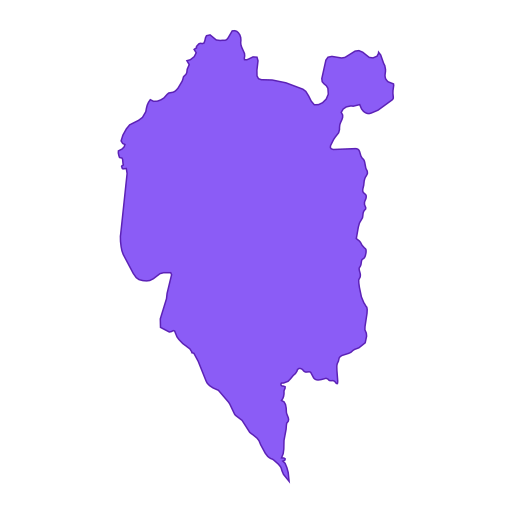 an SVG outline of Denguélé
{"feature_id": "CIV-3437", "entity_name": "Denguélé", "entity_type": "Region", "adm_level": 1, "iso_a3": "CIV", "parent_name": "Ivory Coast", "parent_adm1": "", "projection": "equal_earth", "projection_center": [-7.217, 9.491], "detail": "fine", "context": "isolated", "style": "filled", "palette": "violet", "viewbox_px": 512, "rotation_deg": 0, "n_neighbors": 0, "source": "natural_earth", "source_scale": "10m", "svg_char_len": 5139}
<svg xmlns="http://www.w3.org/2000/svg" viewBox="0 0 512 512"><path d="M123.0,168.9L122.3,168.5L121.6,166.4L122.1,165.6L123.0,165.3L123.3,164.7L123.0,163.5L122.6,159.4L122.0,158.1L121.0,157.8L120.0,157.7L119.4,157.2L118.8,155.3L118.3,153.0L118.4,150.9L122.1,149.0L124.2,146.8L124.9,144.5L122.7,143.5L121.1,140.9L122.9,135.1L126.4,128.8L129.7,124.8L138.5,120.4L142.5,117.4L145.8,111.7L146.4,108.3L147.2,105.2L148.5,102.3L150.3,99.7L153.5,101.3L157.2,101.2L160.8,99.9L163.9,98.0L167.1,94.4L168.7,93.0L173.2,92.2L174.9,91.3L176.4,90.0L178.0,88.2L182.2,81.1L182.8,79.4L183.5,76.8L184.6,75.6L185.9,74.5L186.8,72.6L187.2,69.3L189.2,64.6L186.9,60.7L190.4,59.7L194.2,56.7L196.2,52.8L194.1,49.4L195.7,48.3L196.5,48.0L196.5,46.4L198.9,43.8L200.4,43.3L202.4,43.6L204.0,43.0L204.9,40.5L205.5,37.7L206.5,35.7L210.1,34.9L216.3,40.0L220.3,40.5L222.1,40.3L225.2,40.3L226.7,39.6L228.1,37.9L232.2,30.9L234.7,30.7L236.7,31.3L238.3,32.7L239.8,34.8L240.7,37.5L240.9,40.2L240.7,42.6L240.9,44.7L241.6,47.0L244.5,53.5L244.7,56.0L244.3,58.2L244.5,59.7L246.7,59.8L248.3,59.2L253.0,56.9L257.0,57.2L258.0,60.8L256.9,70.3L257.0,75.9L258.5,78.7L261.3,79.7L272.2,80.0L285.9,82.8L302.9,89.2L305.8,91.4L308.6,95.9L311.2,101.1L314.3,104.8L318.6,104.6L322.6,102.7L326.2,99.1L328.3,94.2L327.9,88.3L326.3,85.7L324.0,83.8L322.2,81.7L321.8,78.6L325.9,60.1L328.0,57.2L331.9,56.4L341.6,58.0L345.0,57.4L355.1,51.1L358.9,50.6L362.7,52.2L369.2,57.4L373.0,57.9L377.0,56.2L378.5,53.4L378.6,52.3L380.7,55.0L383.6,63.3L384.8,65.7L385.5,69.5L385.5,71.3L385.1,74.3L385.0,75.7L385.2,77.2L385.6,78.8L387.0,80.7L388.1,81.8L393.5,83.9L393.7,85.4L393.0,90.4L392.9,93.3L393.3,97.3L393.2,98.5L392.7,99.3L392.0,100.0L378.0,110.2L371.1,113.1L369.2,113.6L368.1,113.6L366.8,113.3L365.4,112.7L363.5,111.4L361.5,108.9L359.7,104.6L353.3,106.2L350.9,105.9L346.3,106.9L343.2,109.0L341.2,112.4L342.5,114.6L342.7,115.7L342.6,117.5L342.0,119.4L340.6,122.5L339.8,124.7L339.5,127.7L339.5,129.5L339.0,131.5L338.6,132.8L335.0,137.4L333.6,139.5L330.6,145.5L330.4,146.6L330.4,147.7L331.3,148.8L332.3,149.2L333.4,149.5L355.4,148.6L356.4,148.7L357.4,149.0L358.3,149.5L359.0,150.3L359.6,151.6L360.9,156.0L361.7,157.4L362.4,158.4L363.1,159.0L363.7,159.7L364.3,160.9L364.7,162.3L365.8,168.1L366.2,169.1L367.2,171.0L367.4,172.2L367.4,173.6L366.3,175.8L365.5,177.0L364.8,178.6L364.2,180.9L363.7,185.4L362.8,189.1L362.7,191.2L363.4,192.6L365.0,194.0L365.8,194.8L366.2,195.8L366.2,197.1L365.9,198.7L365.0,200.7L364.5,202.2L364.5,204.5L365.0,205.8L365.5,207.0L365.8,207.9L365.6,209.1L364.4,210.3L363.6,211.6L363.1,213.2L362.8,215.9L362.5,217.8L359.9,222.2L359.4,223.2L358.3,227.2L356.3,238.6L359.4,241.0L360.5,242.4L362.0,245.2L364.4,247.9L365.4,248.7L365.9,249.4L366.1,250.9L366.0,252.8L365.3,255.9L364.6,257.4L363.8,258.4L363.0,258.9L362.2,259.4L361.7,260.3L361.4,261.6L361.0,264.4L360.6,265.6L360.1,266.6L359.6,267.3L359.2,268.1L359.1,269.0L359.4,270.6L360.1,273.2L360.4,274.9L360.2,276.9L358.7,279.9L358.8,282.9L359.4,287.3L361.4,296.9L363.9,302.9L364.5,303.7L365.0,304.6L366.1,306.5L366.8,307.2L367.2,309.6L367.0,313.4L365.0,326.6L364.9,329.8L366.3,333.1L366.5,334.9L366.6,336.2L365.2,342.8L358.9,347.8L354.6,349.4L353.0,350.4L350.9,352.3L348.8,353.3L341.9,355.5L340.1,356.7L339.1,358.1L338.8,359.5L338.4,361.2L337.3,363.5L336.9,365.2L336.8,366.8L336.9,370.1L336.9,370.3L337.7,380.7L337.7,382.1L337.4,383.6L336.8,383.6L336.1,383.2L334.9,381.6L334.0,381.0L333.0,380.6L331.0,380.7L329.7,380.6L328.7,380.0L328.1,379.2L327.1,378.7L326.0,378.3L321.1,379.6L318.2,380.0L317.1,379.9L316.2,379.7L315.2,379.3L314.4,378.7L313.7,378.0L313.2,377.1L311.2,373.3L310.7,372.4L309.9,371.9L309.0,371.8L305.9,372.1L304.9,371.8L304.1,371.3L303.5,370.8L303.1,370.2L302.9,370.0L302.5,369.6L301.6,368.9L300.0,368.4L298.9,368.5L298.1,369.0L297.6,369.6L297.3,370.2L297.2,370.2L297.0,371.1L295.4,373.6L293.3,375.4L290.5,378.8L288.1,381.3L283.7,383.0L281.4,383.1L281.1,383.5L280.9,384.5L281.3,385.5L282.1,386.0L283.4,386.1L285.1,386.7L285.1,388.1L284.0,390.8L284.0,393.9L283.6,396.4L282.8,398.5L281.5,400.5L284.0,401.8L285.5,404.5L286.2,408.2L286.4,412.4L286.7,413.7L288.3,417.8L288.6,419.6L288.2,421.3L286.7,423.2L286.4,425.2L286.1,429.2L284.0,440.4L283.8,449.1L283.2,453.6L281.5,457.9L283.9,458.0L285.2,458.9L284.9,460.1L282.8,461.1L285.1,463.3L286.9,467.7L288.2,472.5L289.1,481.3L283.5,474.4L282.0,470.9L281.3,468.6L280.9,467.4L279.9,466.0L278.3,464.1L273.9,460.2L272.7,459.3L270.8,458.6L269.2,457.6L267.7,456.4L265.3,453.3L260.7,444.8L259.0,440.7L258.1,439.5L257.0,438.1L253.1,434.9L251.1,433.5L249.7,432.3L242.1,420.4L235.7,415.5L235.1,414.9L234.5,414.0L229.7,403.9L228.5,402.1L218.4,390.3L213.0,387.9L209.8,385.8L208.4,384.5L207.1,383.0L206.0,380.8L198.2,361.3L193.9,353.3L191.9,352.7L192.1,352.4L189.9,348.9L182.7,343.5L178.9,339.5L177.0,336.9L174.6,331.0L173.2,330.6L171.4,331.6L169.3,332.0L160.5,327.4L160.3,318.9L166.5,298.7L167.1,293.3L171.6,274.7L170.7,272.7L163.6,272.7L159.9,273.7L153.4,278.7L149.8,280.5L146.6,280.9L142.8,280.6L139.0,279.6L136.2,277.6L133.3,273.5L123.2,254.4L121.9,250.7L121.1,246.6L120.5,241.3L120.4,236.2L120.7,234.0L127.1,173.5L126.3,168.5L123.0,168.9Z" fill="#8b5cf6" stroke="#5b21b6" stroke-width="1.5"/></svg>